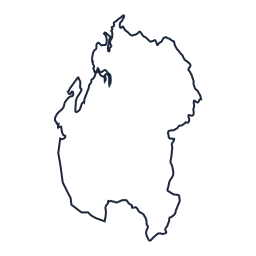 outline of Sofia
{"feature_id": "MDG-5880", "entity_name": "Sofia", "entity_type": "Autonomous Province", "adm_level": 1, "iso_a3": "MDG", "parent_name": "Madagascar", "parent_adm1": "", "projection": "equal_earth", "projection_center": [48.484, -15.315], "detail": "fine", "context": "isolated", "style": "outline", "palette": "slate", "viewbox_px": 256, "rotation_deg": 0, "n_neighbors": 0, "source": "natural_earth", "source_scale": "10m", "svg_char_len": 5735}
<svg xmlns="http://www.w3.org/2000/svg" viewBox="0 0 256 256"><path d="M60.2,138.5L62.1,139.3L64.2,138.3L65.1,137.4L65.3,136.0L65.0,135.6L63.7,135.3L63.2,134.9L63.0,134.5L62.0,132.2L61.2,127.2L61.2,126.7L60.3,126.5L59.8,126.6L58.1,127.6L57.9,126.6L58.0,125.7L58.6,123.8L57.2,123.9L56.7,123.6L56.4,122.0L55.4,121.2L55.0,120.6L54.9,118.8L55.4,117.1L56.9,114.2L58.8,112.0L61.3,109.9L63.5,107.4L64.7,102.8L65.5,101.4L68.4,97.8L69.7,96.9L71.0,96.3L72.3,96.1L73.1,95.2L73.2,93.4L72.9,91.8L71.9,91.6L71.3,92.3L71.0,93.5L70.3,94.0L69.4,94.0L68.9,93.6L68.0,91.8L68.3,91.8L70.1,88.2L77.3,78.2L78.1,77.4L78.5,77.7L79.1,79.5L80.2,81.3L80.3,82.1L80.1,86.9L80.3,88.1L81.3,88.9L81.5,89.7L80.7,91.8L77.4,96.9L76.5,98.8L75.9,101.1L75.3,110.6L75.5,111.5L76.3,112.1L77.0,111.9L78.9,110.6L79.5,110.0L80.5,107.9L81.1,105.7L81.8,103.7L83.5,101.9L84.1,102.6L84.3,101.9L84.3,99.9L84.6,98.6L88.7,88.2L89.0,86.0L89.3,85.0L91.1,82.5L91.3,81.8L91.3,80.4L91.5,79.8L93.3,78.5L94.6,76.5L95.1,75.3L95.3,74.3L95.7,73.1L97.4,71.7L97.6,70.0L100.1,74.5L101.2,75.8L103.8,76.9L104.4,77.5L104.7,78.4L104.7,80.2L104.8,81.2L105.7,79.9L105.7,78.2L105.2,76.6L104.4,75.8L106.0,74.1L107.6,74.4L108.7,76.0L109.2,78.5L109.1,83.8L109.4,85.3L110.4,83.3L110.7,81.0L110.7,77.8L110.2,75.0L109.0,73.7L108.2,73.4L106.2,70.8L105.1,70.0L104.2,70.2L102.4,71.6L101.7,72.0L100.9,72.2L100.1,72.0L99.3,71.0L98.4,68.8L98.0,68.4L96.4,71.4L95.7,72.3L95.1,72.7L94.7,72.1L93.3,68.4L94.0,67.3L94.1,66.8L94.0,66.0L93.5,65.2L92.5,62.5L92.5,62.1L92.9,61.6L92.1,60.7L92.2,57.3L92.6,54.7L93.3,52.2L94.5,50.2L95.8,49.2L96.3,48.5L96.4,47.3L96.5,44.9L96.7,44.1L97.3,43.3L98.6,42.7L101.3,45.3L103.2,45.1L104.0,44.9L105.1,45.1L105.6,44.9L106.1,44.0L106.5,42.7L106.8,40.3L106.6,38.5L106.0,36.4L105.1,34.5L104.0,33.7L104.7,32.6L106.0,33.0L108.4,35.3L109.8,36.2L110.2,36.8L110.2,37.9L109.4,39.3L109.2,40.3L109.0,42.3L108.1,46.3L107.9,48.4L108.0,50.3L108.4,51.2L109.2,51.3L109.5,50.6L109.6,48.1L111.3,46.3L111.3,45.7L110.4,44.1L110.1,43.1L110.0,42.2L110.4,40.5L112.0,37.7L112.3,36.0L112.3,34.2L112.2,32.4L111.6,31.1L111.2,30.8L112.3,29.6L112.4,29.3L112.3,28.9L111.7,27.7L111.7,27.3L111.9,27.0L113.5,26.4L114.0,25.8L114.1,25.2L114.1,24.8L113.8,23.2L114.0,22.5L116.5,20.9L118.4,19.0L120.6,17.7L122.5,15.9L123.4,15.4L123.7,15.4L123.9,15.6L124.1,16.2L124.0,17.1L121.7,21.2L120.3,22.6L120.1,22.9L119.7,25.1L119.9,27.0L120.4,27.6L121.1,27.8L121.8,27.4L122.4,26.6L122.7,26.5L123.0,26.6L123.7,27.7L125.2,30.3L127.8,32.2L129.8,34.3L131.2,35.2L132.4,35.6L133.7,35.0L135.1,34.8L136.0,34.4L137.7,33.3L139.1,31.9L139.6,31.6L140.1,31.9L140.8,32.6L143.0,35.8L143.3,36.2L145.8,37.4L150.0,41.5L150.3,41.6L151.0,41.6L152.2,41.1L153.6,40.9L154.6,40.1L155.0,40.2L155.4,40.6L156.6,43.1L156.8,43.5L156.9,44.5L157.3,45.0L157.6,45.0L158.7,43.5L160.2,42.3L161.6,41.5L163.5,38.1L165.6,37.1L166.4,37.3L167.4,38.1L168.8,38.5L169.6,38.8L172.6,41.1L173.5,41.1L173.9,41.5L174.3,42.8L175.0,45.8L176.2,47.6L176.8,49.0L178.4,50.5L180.4,53.3L182.3,55.1L183.3,57.3L184.3,59.2L185.5,60.5L187.0,61.3L187.9,62.3L189.0,63.0L190.1,64.3L190.3,64.7L190.4,65.1L190.4,65.9L190.3,66.3L190.1,66.7L189.4,67.4L188.8,68.2L188.4,69.2L188.4,69.7L188.5,70.1L189.5,71.2L191.5,74.8L193.6,81.0L193.7,81.8L193.4,83.4L194.8,88.1L195.7,89.3L197.4,90.6L200.2,95.5L200.5,96.5L201.1,99.2L200.7,99.1L199.6,99.7L198.4,101.9L198.0,102.3L197.6,102.5L196.4,102.2L194.6,100.7L194.3,100.6L194.0,100.7L193.8,101.2L193.7,102.6L193.7,103.1L194.1,104.8L194.1,105.8L194.0,106.8L193.3,109.5L193.4,110.3L193.7,111.7L193.7,112.7L193.6,114.1L193.2,115.0L192.7,115.4L191.9,115.7L190.4,115.5L189.3,115.0L188.9,115.0L188.7,115.2L188.5,115.6L188.5,117.3L189.1,118.6L189.2,120.0L189.2,120.5L188.8,121.7L188.1,122.6L187.7,122.7L186.4,122.3L185.7,122.3L185.4,122.5L184.7,123.5L183.7,124.0L182.1,125.3L181.2,125.5L180.1,125.5L179.2,125.8L178.4,126.6L177.3,128.2L175.5,129.1L173.8,130.2L173.2,130.4L171.8,130.2L169.3,130.8L168.7,131.0L168.2,131.8L168.0,133.5L168.5,135.1L168.7,137.0L169.2,138.0L169.7,138.4L170.3,138.7L172.0,138.4L173.0,139.2L174.1,138.9L174.2,139.5L173.8,140.7L173.2,141.7L172.3,142.8L171.9,143.8L171.8,144.8L172.2,146.6L172.3,147.5L171.3,157.0L170.5,161.4L170.6,162.7L171.8,165.0L172.2,166.5L172.6,168.1L173.3,172.5L173.3,174.0L173.2,174.7L172.4,176.6L171.6,178.0L170.2,180.0L169.4,181.7L168.9,184.0L168.3,186.9L167.5,189.4L167.4,190.0L167.5,190.5L168.0,191.0L173.4,194.3L175.1,194.6L177.4,194.8L178.7,195.3L179.1,195.8L179.3,196.2L179.3,198.4L179.7,199.5L179.8,200.3L179.4,201.9L176.0,210.1L175.7,211.0L175.6,211.8L175.4,212.8L174.5,214.5L173.3,215.6L171.1,217.1L169.7,217.6L169.4,218.0L169.2,218.9L169.2,220.6L168.7,222.2L168.0,223.8L167.2,226.2L165.8,227.9L165.5,228.4L165.3,229.2L165.4,230.2L166.3,232.1L166.3,232.5L166.1,232.8L165.2,233.4L162.3,234.0L160.1,233.3L157.8,233.6L152.6,238.2L151.1,240.0L150.0,240.6L149.3,240.5L148.8,240.1L147.0,236.5L146.3,234.3L146.1,233.4L146.2,231.9L146.6,230.3L147.5,228.2L147.8,227.5L147.9,226.6L147.7,225.8L146.8,224.8L146.6,224.1L146.5,220.9L146.4,220.4L145.8,219.1L145.6,217.6L144.6,216.7L144.1,215.2L143.7,214.7L142.8,213.8L141.6,213.1L139.8,212.2L138.8,211.4L137.2,208.6L136.1,207.4L135.5,207.2L134.2,207.6L133.1,207.6L132.5,207.8L132.3,207.8L132.0,207.1L131.9,205.6L131.6,205.0L130.3,204.5L129.7,204.2L128.3,202.8L127.4,201.3L126.7,200.5L126.2,200.1L124.9,200.3L123.5,200.0L120.8,200.7L119.4,201.5L118.3,201.8L117.2,202.4L116.8,202.4L115.3,202.3L113.9,201.5L112.5,201.5L111.0,200.9L110.4,201.0L109.4,201.5L108.4,200.9L108.2,201.1L108.0,201.5L108.0,203.0L107.8,203.5L106.2,205.3L105.5,207.1L105.4,208.3L105.9,211.0L105.9,212.7L105.5,217.3L105.0,219.0L104.7,221.3L96.0,218.2L90.9,215.3L88.0,212.4L81.5,212.4L71.4,204.7L70.6,197.9L67.0,191.1L62.7,182.3L60.5,165.8L58.3,153.1L60.2,138.5Z" fill="none" stroke="#1e293b" stroke-width="2"/></svg>